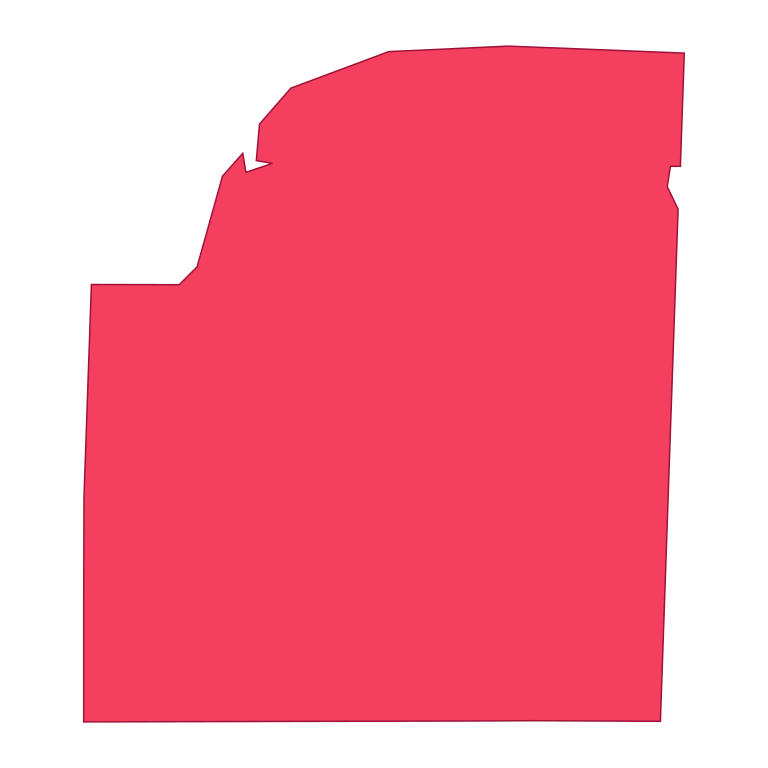 McNairy, Tennessee, United States of America (orthographic projection)
{"feature_id": "52423323B32095866653049", "entity_name": "McNairy", "entity_type": "district", "adm_level": 2, "iso_a3": "USA", "parent_name": "United States of America", "parent_adm1": "Tennessee", "projection": "orthographic", "projection_center": [-88.59, 35.19], "detail": "fine", "context": "isolated", "style": "filled", "palette": "rose", "viewbox_px": 768, "rotation_deg": 0, "n_neighbors": 0, "source": "geoboundaries", "source_scale": "gbopen_adm2", "svg_char_len": 411}
<svg xmlns="http://www.w3.org/2000/svg" viewBox="0 0 768 768"><path d="M91.4,284.5L84.0,496.8L83.7,605.3L83.7,721.9L470.5,721.0L533.5,720.7L660.4,721.3L678.1,209.2L667.2,186.6L670.5,166.3L680.4,166.3L684.3,53.1L508.2,46.1L388.7,51.6L290.9,88.1L259.5,124.1L256.3,160.6L272.5,163.4L245.9,172.3L242.8,153.3L222.5,176.1L197.1,266.8L179.2,284.7L91.4,284.5Z" fill="#f43f5e" stroke="#9f1239" stroke-width="1.5"/></svg>